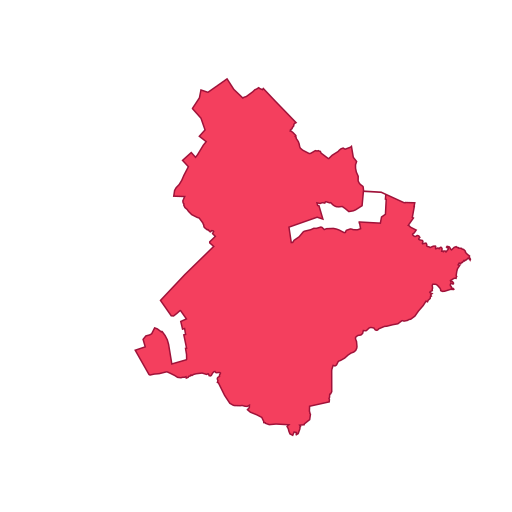 Orasu Nou, Satu Mare, Romania, rotated 138°
{"feature_id": "2599482B36409270859470", "entity_name": "Orasu Nou", "entity_type": "district", "adm_level": 2, "iso_a3": "ROU", "parent_name": "Romania", "parent_adm1": "Satu Mare", "projection": "equal_earth", "projection_center": [23.287, 47.846], "detail": "fine", "context": "isolated", "style": "filled", "palette": "rose", "viewbox_px": 512, "rotation_deg": 138, "n_neighbors": 0, "source": "geoboundaries", "source_scale": "gbopen_adm2", "svg_char_len": 6131}
<svg xmlns="http://www.w3.org/2000/svg" viewBox="0 0 512 512"><g transform="rotate(138 256 256)"><path d="M299.2,98.6L297.4,100.3L297.0,101.4L296.0,101.7L293.9,103.8L293.5,104.0L292.9,103.6L290.5,104.5L276.6,120.0L275.5,121.0L271.9,123.1L270.9,121.5L269.7,121.2L269.0,121.2L265.7,122.5L264.7,122.5L263.0,121.8L258.4,120.8L253.7,120.8L250.4,120.3L247.6,119.2L245.1,119.1L242.8,120.1L241.6,121.1L238.5,125.2L237.8,127.2L236.9,128.6L235.8,129.0L233.5,128.8L230.9,127.1L228.6,127.1L226.1,128.8L224.8,127.3L223.9,126.7L219.9,126.8L218.4,126.0L216.9,124.1L216.6,123.6L216.8,121.2L215.9,119.9L214.9,119.6L213.6,119.8L207.6,117.7L205.8,116.3L200.3,113.4L195.9,110.7L190.9,110.3L190.2,109.7L189.6,108.6L186.6,106.8L184.7,106.4L183.4,105.5L178.1,105.0L172.1,106.4L164.9,107.3L159.9,108.7L159.2,107.2L157.7,107.9L155.0,107.9L153.6,109.1L152.5,108.9L152.4,110.1L152.1,110.4L150.3,110.3L151.2,112.1L151.1,112.8L150.0,112.9L148.1,112.3L147.2,113.5L146.2,114.0L144.7,116.3L143.4,116.7L141.2,114.5L140.8,112.9L140.8,109.0L141.1,107.8L141.9,106.7L141.2,105.0L139.4,103.6L133.7,101.0L131.6,98.9L131.2,98.9L131.2,100.1L132.1,101.5L131.4,102.4L131.5,103.6L131.1,104.0L131.1,104.5L129.5,105.4L128.4,103.3L127.8,103.3L127.3,103.8L127.1,105.6L128.3,106.8L127.9,107.7L124.0,106.9L123.0,106.4L122.3,105.5L121.5,106.2L120.5,106.5L120.4,107.5L117.0,110.3L114.8,111.7L111.0,112.7L111.7,114.2L109.7,114.8L109.2,113.2L107.7,113.7L107.0,113.1L104.4,113.5L104.4,112.8L102.6,112.7L102.4,112.4L99.9,112.5L99.4,110.6L99.6,109.7L98.8,110.1L98.2,112.6L97.3,113.1L97.8,115.6L97.9,118.5L97.2,119.5L97.3,122.0L98.2,123.1L98.1,124.1L100.3,126.4L100.0,126.8L101.1,128.5L101.0,129.0L102.9,129.8L106.6,129.7L106.8,130.6L106.3,132.7L106.3,133.6L107.5,135.3L108.5,135.1L108.5,134.5L107.9,133.2L108.5,132.4L112.7,131.8L111.9,132.4L112.0,133.0L113.0,134.0L114.0,133.9L114.0,134.7L114.8,135.3L112.9,136.8L112.6,137.6L112.7,138.8L113.8,139.1L115.0,138.9L115.4,140.2L117.6,141.1L117.5,141.5L116.0,143.0L116.0,143.3L117.7,144.7L121.0,145.8L121.3,147.1L122.2,148.3L122.4,149.3L121.4,150.3L121.0,151.6L121.2,152.0L124.0,153.6L123.9,154.1L122.4,154.9L121.9,156.1L123.6,158.5L123.9,159.5L123.5,160.0L121.8,160.2L121.6,162.1L122.5,163.4L124.2,163.7L124.9,164.2L125.4,165.6L125.4,167.0L124.9,167.5L123.0,167.3L119.6,168.1L121.9,174.0L122.0,176.3L122.3,176.9L113.6,178.9L114.0,180.1L105.2,186.9L105.4,187.1L102.4,189.3L109.2,195.8L109.4,195.7L110.3,196.5L120.3,219.7L132.6,232.2L130.1,235.7L130.0,236.3L130.6,239.5L130.5,241.2L129.9,243.4L126.7,246.9L125.3,251.2L123.3,254.6L121.0,257.2L118.0,258.9L117.7,263.8L117.5,264.5L111.7,273.6L112.9,273.6L118.2,275.7L118.6,276.5L119.0,277.9L121.2,278.8L123.5,278.9L125.0,278.7L132.0,279.9L136.7,279.7L137.1,280.1L138.8,288.9L138.2,290.7L138.9,291.6L139.1,292.5L140.4,293.2L141.4,294.6L146.7,295.7L147.9,296.5L150.5,303.4L150.9,306.5L150.5,307.8L148.9,310.5L148.0,312.8L147.5,316.3L146.6,317.7L146.9,318.5L145.9,318.7L145.8,319.0L145.9,322.9L146.4,325.6L146.9,325.9L146.0,326.7L144.0,326.5L143.0,327.1L141.0,327.4L139.7,328.5L138.6,328.7L137.0,328.3L138.1,359.0L138.5,375.6L139.9,375.3L141.1,377.7L141.4,379.3L144.0,379.7L145.5,380.3L148.6,380.2L156.6,381.0L158.7,382.0L160.1,382.2L161.0,394.6L159.0,407.0L182.2,409.8L185.8,416.2L192.2,411.4L204.4,408.2L204.6,408.0L204.7,395.2L209.5,383.8L218.0,382.9L216.5,374.3L221.0,373.6L231.9,370.3L234.9,369.8L234.9,376.2L246.6,376.2L246.5,367.6L255.6,364.2L260.6,361.9L265.3,360.5L269.6,360.2L272.6,359.2L277.1,355.5L269.2,347.9L273.5,345.9L274.6,344.3L274.7,343.0L275.7,342.0L276.4,339.5L276.0,336.7L276.3,334.3L276.1,329.8L273.9,324.1L272.8,322.2L273.4,316.1L273.9,315.0L274.0,314.1L274.5,313.6L275.2,312.3L275.2,311.0L274.7,308.0L274.1,307.9L273.9,307.1L274.1,306.3L273.8,305.5L273.9,304.7L273.5,304.3L272.1,304.6L271.1,303.6L271.0,302.6L273.3,301.7L273.1,297.8L280.9,297.5L281.6,296.7L281.0,291.4L321.2,289.8L356.7,286.9L359.0,268.3L357.4,266.6L353.4,266.3L349.1,266.3L348.6,265.9L349.8,255.8L355.7,257.7L359.5,250.8L357.6,249.9L360.8,244.8L362.4,245.7L369.3,233.9L370.2,234.5L373.5,229.3L376.6,225.7L377.2,225.5L390.8,232.1L380.1,248.8L378.0,253.1L376.8,257.7L376.3,262.6L376.4,262.9L377.1,262.9L378.1,267.9L379.4,270.4L385.6,268.0L387.8,268.5L391.3,270.3L395.7,269.6L399.1,262.6L408.8,266.8L414.8,239.6L414.6,238.9L414.3,238.4L410.7,236.4L406.6,233.3L400.0,229.8L399.4,229.0L398.1,226.0L396.3,221.4L395.5,218.3L393.2,215.7L392.0,215.2L390.1,213.6L388.8,213.2L389.5,211.9L387.5,211.2L386.5,211.6L385.1,210.8L383.9,211.1L383.6,210.1L381.5,209.7L379.2,208.5L374.4,205.1L371.9,201.0L370.4,200.6L370.3,200.0L370.9,198.4L370.0,197.3L369.0,197.2L366.7,198.0L364.8,198.2L363.7,197.6L363.9,196.4L363.5,195.7L361.2,194.0L360.8,193.4L360.7,192.8L361.0,192.6L362.9,191.9L363.6,191.0L365.6,191.3L366.6,191.0L367.2,190.2L367.7,188.8L369.3,187.9L368.8,186.9L372.6,173.4L374.0,164.0L372.8,160.4L372.2,159.4L368.0,155.4L366.3,154.2L364.7,151.7L363.2,150.1L360.7,149.5L362.4,147.8L365.2,147.5L364.7,143.7L361.6,137.3L359.7,132.2L361.0,127.8L361.7,127.0L360.7,125.9L360.9,125.3L359.0,121.8L353.5,117.7L344.5,108.6L347.0,108.5L347.6,106.0L348.7,104.0L349.8,101.1L348.7,98.2L345.5,99.7L344.1,97.9L344.5,97.0L345.3,96.9L345.6,96.2L343.5,95.8L339.0,98.2L338.0,99.4L337.1,99.4L336.8,101.1L333.1,98.4L332.5,98.9L325.6,98.5L321.4,102.0L321.3,103.0L320.7,103.7L320.1,105.0L316.7,108.5L299.2,98.6ZM141.6,197.2L156.5,212.2L157.1,211.6L157.4,210.5L160.0,206.3L162.9,207.5L163.9,208.3L166.2,210.6L166.8,211.8L167.8,213.0L171.6,214.6L173.1,214.2L173.7,213.7L174.3,213.9L174.9,214.5L176.9,219.8L178.2,222.2L180.0,224.7L185.3,229.1L187.6,230.0L187.8,233.0L188.4,234.1L192.6,236.1L194.5,237.9L197.7,238.9L203.6,242.1L204.8,242.3L211.1,241.4L217.2,242.2L219.7,241.5L220.8,242.4L212.2,255.4L184.6,243.9L181.6,238.7L175.6,251.2L176.4,252.3L175.1,254.7L173.2,252.1L171.7,251.6L170.5,250.8L169.8,249.6L169.3,249.3L168.4,249.8L167.7,249.6L165.7,246.2L164.8,245.7L164.6,242.6L164.1,240.6L163.3,238.9L161.7,237.2L158.8,235.1L158.0,231.8L157.3,226.9L153.5,224.5L151.2,223.7L143.5,222.4L132.9,232.2L120.3,219.5L118.3,214.9L121.8,211.7L121.4,210.9L131.9,200.4L136.6,201.0L141.6,197.2Z" fill="#f43f5e" stroke="#9f1239" stroke-width="1.5"/></g></svg>